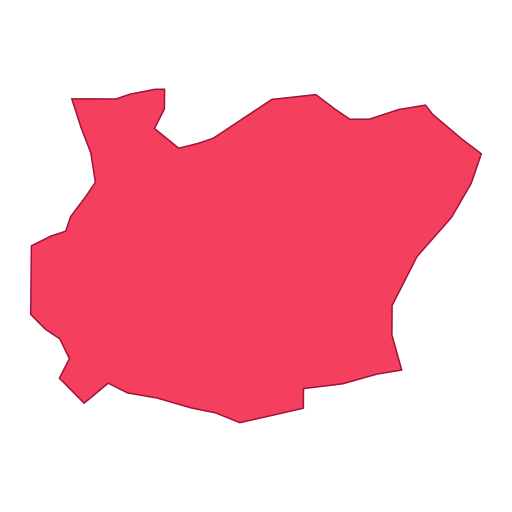 Sinchon, Hwanghae-namdo, North Korea (Robinson projection)
{"feature_id": "82179303B96637573116833", "entity_name": "Sinchon", "entity_type": "district", "adm_level": 2, "iso_a3": "PRK", "parent_name": "North Korea", "parent_adm1": "Hwanghae-namdo", "projection": "robinson", "projection_center": [125.442, 38.3], "detail": "fine", "context": "isolated", "style": "filled", "palette": "rose", "viewbox_px": 512, "rotation_deg": 0, "n_neighbors": 0, "source": "geoboundaries", "source_scale": "gbopen_adm2", "svg_char_len": 786}
<svg xmlns="http://www.w3.org/2000/svg" viewBox="0 0 512 512"><path d="M71.8,98.9L81.3,128.3L90.8,152.8L95.4,182.2L85.5,196.9L70.7,216.5L65.7,231.2L51.0,236.0L31.4,245.8L31.1,270.3L30.9,294.8L30.7,314.4L45.2,329.1L59.8,338.9L69.4,358.6L59.4,378.2L84.1,403.2L108.2,383.2L127.7,393.0L156.9,398.0L191.0,407.9L215.4,412.8L239.8,422.7L303.4,408.2L303.5,388.6L342.7,383.8L376.9,374.1L401.7,370.0L391.9,334.9L392.1,305.5L417.0,256.6L451.5,217.4L471.3,183.2L481.3,153.8L461.9,139.1L432.8,114.5L425.4,105.1L398.7,109.5L369.3,119.2L349.8,119.2L335.2,109.3L315.8,94.6L271.9,99.4L242.4,118.9L227.7,128.7L212.9,138.4L198.3,143.3L178.7,148.2L154.5,128.5L164.4,108.9L164.6,89.3L154.8,89.3L130.4,94.1L115.7,99.0L96.2,98.9L81.5,98.9L71.8,98.9Z" fill="#f43f5e" stroke="#9f1239" stroke-width="1.5"/></svg>